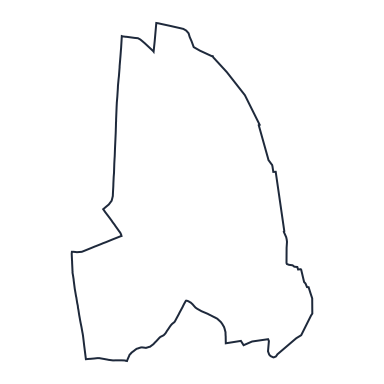 outline of Shu'ub, Amanat Al Asimah, Yemen
{"feature_id": "15242507B29065009809939", "entity_name": "Shu'ub", "entity_type": "district", "adm_level": 2, "iso_a3": "YEM", "parent_name": "Yemen", "parent_adm1": "Amanat Al Asimah", "projection": "natural_earth1", "projection_center": [44.222, 15.387], "detail": "fine", "context": "isolated", "style": "outline", "palette": "slate", "viewbox_px": 384, "rotation_deg": 0, "n_neighbors": 0, "source": "geoboundaries", "source_scale": "gbopen_adm2", "svg_char_len": 3835}
<svg xmlns="http://www.w3.org/2000/svg" viewBox="0 0 384 384"><path d="M125.1,360.5L125.7,360.8L127.0,361.0L127.2,360.3L127.8,358.9L129.4,355.3L129.6,354.7L131.2,353.2L131.3,352.8L133.6,351.1L133.9,350.9L134.6,350.3L136.2,349.1L136.7,348.8L137.2,348.6L138.1,348.4L138.8,348.1L141.1,347.4L141.7,347.4L142.2,347.4L144.6,347.7L146.0,347.9L146.8,347.6L147.3,347.5L149.1,346.9L149.9,346.8L151.9,345.3L153.0,344.5L153.6,344.0L153.9,343.6L154.2,343.3L155.6,341.8L156.0,341.5L159.3,337.9L159.6,337.6L160.4,336.9L163.2,335.5L163.7,335.2L164.3,334.6L165.4,333.4L165.9,332.7L166.9,331.0L167.1,330.7L167.9,329.6L169.3,327.5L169.9,326.6L170.5,325.8L170.8,325.3L171.4,324.7L171.9,324.1L172.6,323.5L174.4,322.1L174.8,321.5L175.3,320.7L175.8,319.7L176.5,318.4L179.0,313.8L179.3,313.1L182.7,306.8L182.9,306.3L183.6,304.9L184.1,303.9L185.8,300.9L186.0,300.7L186.6,300.7L187.8,301.0L189.0,301.6L189.7,302.1L190.5,302.4L192.5,304.2L193.3,305.1L193.7,305.6L194.7,306.7L195.5,307.6L196.7,308.4L197.2,308.8L197.6,309.0L199.2,309.9L201.5,311.2L207.9,313.9L208.2,314.1L216.9,318.5L217.5,318.9L218.6,320.0L219.0,320.3L220.7,321.9L221.0,322.2L222.4,324.2L223.3,325.8L223.9,326.7L224.5,328.4L224.9,329.9L225.5,332.2L225.5,333.1L225.6,335.6L225.7,336.6L225.7,337.8L225.8,343.3L240.9,340.9L243.6,345.2L252.1,341.5L268.1,339.2L268.9,341.1L268.8,342.2L268.0,351.3L269.2,354.6L270.6,356.1L273.4,357.4L274.5,357.1L276.0,356.4L277.1,354.8L277.3,354.4L293.0,341.0L296.3,338.2L301.2,335.2L311.1,315.4L312.3,313.6L312.2,298.4L310.4,292.9L308.6,287.2L307.0,287.1L305.5,283.5L304.1,282.0L301.2,269.8L300.7,269.2L298.1,269.5L297.3,267.0L294.3,266.7L292.6,265.3L288.9,264.8L286.9,264.0L286.5,263.0L286.6,247.8L286.9,243.2L287.0,241.9L286.7,239.5L286.2,237.2L284.1,232.5L283.8,231.7L284.3,231.2L275.7,171.8L273.3,171.9L272.5,166.6L272.3,165.7L272.1,164.9L271.5,164.2L268.5,160.1L268.0,158.2L258.8,125.4L258.7,125.1L259.2,124.5L259.5,124.5L244.9,95.2L226.8,72.1L213.3,57.4L212.7,56.1L211.9,56.2L203.7,52.4L200.0,50.7L193.7,47.1L192.8,44.6L192.1,42.7L191.5,41.1L189.7,37.0L188.6,33.3L187.3,31.8L186.1,30.5L183.3,28.9L182.4,28.7L180.8,28.3L177.7,27.6L170.2,25.9L169.3,25.7L161.4,24.0L158.3,23.3L156.3,23.0L154.7,41.1L153.6,51.6L153.3,51.2L144.4,42.9L143.5,42.2L143.1,41.8L140.3,39.5L139.4,39.0L137.9,38.2L134.6,37.9L126.5,36.8L125.9,36.8L122.7,36.4L121.8,36.1L121.6,39.6L121.1,48.0L120.9,50.3L120.6,54.3L120.4,56.9L120.2,59.3L119.6,66.4L119.6,67.3L118.9,76.3L118.6,78.9L118.0,85.3L117.9,86.9L117.9,87.3L117.8,89.2L117.3,96.9L116.8,102.8L116.8,103.1L116.6,107.0L116.5,109.7L116.2,117.0L116.1,119.4L116.1,121.2L116.0,122.2L115.9,126.9L115.8,129.4L115.8,130.3L115.7,133.2L115.4,139.8L115.0,148.4L114.8,154.0L114.7,156.6L114.6,157.9L114.3,163.4L114.0,173.0L113.7,176.8L113.4,183.1L113.3,186.3L113.0,191.8L112.8,196.2L112.6,196.9L112.3,198.2L111.6,200.8L110.0,202.9L108.8,204.5L105.9,206.9L103.8,208.7L103.2,209.2L105.2,212.1L109.7,218.0L111.8,220.9L112.5,222.0L114.7,224.9L115.4,226.0L118.2,229.9L119.1,231.2L120.2,232.6L121.1,234.5L121.5,236.0L120.5,236.3L112.4,239.5L106.1,242.1L102.6,243.4L102.0,243.7L99.0,244.9L95.7,246.2L95.1,246.4L91.0,248.1L84.6,250.7L82.1,251.7L81.2,251.9L80.7,251.9L78.1,252.1L76.9,252.2L75.5,252.0L73.5,251.8L71.9,251.8L71.8,252.8L71.7,253.7L72.0,260.4L72.1,261.7L72.1,262.7L72.4,268.7L72.5,271.3L72.6,271.8L72.5,272.5L72.9,274.9L73.0,275.4L73.6,279.3L73.7,280.5L74.8,289.1L75.0,290.1L76.1,296.6L76.3,297.3L77.2,303.0L77.8,305.8L78.0,307.9L78.4,309.8L79.2,315.1L79.6,317.3L79.7,317.8L80.1,320.2L80.6,322.8L81.5,327.2L82.4,332.3L82.6,333.3L83.0,335.7L83.4,339.0L83.5,339.8L84.2,345.8L84.5,348.1L85.6,356.9L85.9,359.2L89.0,358.9L89.6,358.9L94.2,358.5L97.6,358.1L99.1,358.1L99.7,358.2L101.9,358.6L104.2,359.0L105.8,359.3L107.5,359.6L108.3,359.8L112.9,360.4L118.4,360.3L120.2,360.3L123.6,360.4L125.1,360.5Z" fill="none" stroke="#1e293b" stroke-width="2"/></svg>